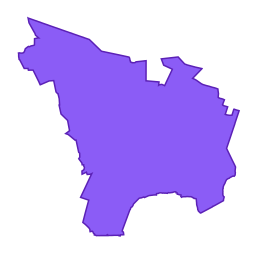 the district of Oirschot, Noord-Brabant, Netherlands, rotated 91°
{"feature_id": "6326949B78651691159408", "entity_name": "Oirschot", "entity_type": "district", "adm_level": 2, "iso_a3": "NLD", "parent_name": "Netherlands", "parent_adm1": "Noord-Brabant", "projection": "albers", "projection_center": [5.295, 51.489], "detail": "fine", "context": "isolated", "style": "filled", "palette": "violet", "viewbox_px": 256, "rotation_deg": 91, "n_neighbors": 0, "source": "geoboundaries", "source_scale": "gbopen_adm2", "svg_char_len": 5113}
<svg xmlns="http://www.w3.org/2000/svg" viewBox="0 0 256 256"><g transform="rotate(91 128 128)"><path d="M199.0,31.3L197.8,31.2L197.6,31.2L196.8,31.0L195.6,30.7L195.4,30.7L195.2,30.7L195.0,30.8L194.9,31.1L194.4,31.5L193.5,31.9L193.0,32.0L192.5,32.1L192.3,32.0L192.2,31.9L191.6,32.1L191.4,32.1L190.4,32.0L189.9,32.0L189.1,32.1L188.6,32.1L188.1,32.1L187.7,32.2L187.4,32.1L187.0,31.8L186.6,31.9L186.3,31.9L185.8,31.8L185.0,31.7L183.6,31.2L181.3,30.0L180.0,29.6L179.8,29.5L178.2,28.7L177.9,28.5L177.8,28.4L176.9,27.1L176.5,26.0L176.3,25.7L175.6,25.0L175.5,24.7L175.4,24.5L175.1,23.8L174.5,22.9L174.4,22.8L174.4,22.7L174.4,22.3L174.3,22.0L174.2,21.7L174.3,21.4L174.4,21.0L173.4,20.2L173.2,20.1L170.5,19.9L170.1,20.0L169.4,20.2L165.1,19.8L164.3,20.2L163.6,20.5L160.5,22.1L158.2,23.3L146.7,29.1L136.7,25.9L126.2,22.6L122.5,21.4L122.1,21.3L120.6,20.9L108.8,17.2L108.6,17.8L108.1,19.9L107.3,22.3L107.4,22.5L113.4,24.3L113.5,26.7L113.5,27.0L113.4,27.7L113.3,28.4L113.3,28.7L112.7,31.0L105.1,28.7L104.5,30.9L104.2,32.1L103.8,33.2L103.7,33.2L103.7,33.3L103.1,33.9L98.1,32.1L97.8,32.8L97.6,33.2L97.4,33.8L97.2,34.4L97.0,35.2L96.9,35.6L96.9,36.1L96.8,36.4L96.2,37.8L96.0,38.1L95.9,38.3L95.7,38.4L93.0,38.2L92.9,38.2L92.3,38.1L89.8,38.5L89.2,38.6L87.4,38.8L86.6,41.1L86.2,42.6L85.8,44.4L85.4,45.8L84.8,47.8L84.5,49.2L84.0,51.2L83.4,53.2L83.2,54.0L82.8,54.7L82.5,55.4L79.1,60.4L78.8,60.9L78.5,61.4L77.4,64.0L77.3,63.9L77.2,64.2L67.5,55.2L67.3,55.1L66.4,59.5L66.0,61.5L65.3,64.3L63.9,70.0L63.6,70.7L63.0,72.5L56.1,79.1L58.3,95.9L64.6,93.4L67.2,87.5L68.5,84.7L73.0,86.7L81.4,90.5L85.0,92.1L83.8,94.9L84.2,97.4L84.7,98.1L81.4,97.8L80.5,110.8L60.4,111.1L61.5,119.7L61.7,121.2L62.5,122.1L62.6,123.1L62.7,124.4L62.7,124.5L62.5,125.4L62.3,125.4L62.2,126.0L62.0,126.6L60.7,126.9L60.6,127.1L60.4,127.1L58.6,127.5L57.9,127.7L57.1,128.2L56.9,129.1L55.1,138.2L51.7,155.9L40.2,168.2L31.4,194.9L26.8,208.8L26.4,209.9L25.4,213.0L20.4,228.0L19.9,229.6L19.8,229.8L24.6,228.8L32.7,224.1L35.0,222.7L36.8,222.1L39.5,218.9L39.5,219.3L39.5,219.5L40.1,222.1L40.3,223.0L46.6,223.0L46.8,223.3L46.9,223.5L47.1,224.0L47.2,224.5L47.6,226.2L47.6,226.4L48.2,227.3L48.3,227.5L48.4,227.8L48.3,228.0L48.3,228.6L48.2,228.7L48.3,228.9L48.3,229.1L48.5,229.5L50.4,231.9L50.5,232.0L50.9,232.2L52.1,232.5L52.3,232.6L52.8,232.7L54.2,233.5L54.4,233.6L54.5,233.7L54.5,233.8L54.9,234.9L55.0,235.2L55.0,235.4L54.9,237.2L54.8,237.7L54.8,238.0L54.8,238.3L55.0,238.7L55.0,238.8L56.5,238.6L58.0,238.6L59.0,238.5L59.7,238.3L61.2,238.1L61.3,238.1L61.8,237.5L61.8,237.4L70.3,232.8L70.3,232.7L70.2,229.0L71.9,228.6L71.8,223.9L84.8,217.2L84.8,217.3L86.3,216.6L86.3,216.4L82.3,207.6L81.9,203.1L93.2,200.6L94.9,199.0L94.9,198.6L99.9,197.3L106.2,196.8L106.3,197.3L115.2,195.2L116.7,193.6L121.5,188.5L131.7,186.4L134.7,190.2L135.6,187.6L141.1,180.7L141.0,180.0L141.0,179.7L153.1,176.9L154.0,175.9L158.0,175.7L159.6,176.7L163.8,173.5L165.6,173.2L165.6,171.7L166.6,171.7L168.0,170.9L170.1,171.2L170.6,171.6L170.8,171.8L171.8,173.3L175.0,173.1L172.9,168.8L175.2,168.0L175.1,167.0L175.0,166.3L175.0,165.3L174.9,165.0L174.8,164.7L174.2,163.4L177.3,164.8L198.2,174.2L200.8,166.0L212.7,169.0L223.2,171.5L224.9,169.3L225.4,168.7L228.5,165.4L228.8,165.2L229.2,164.9L229.6,164.6L230.1,164.4L230.5,164.3L230.9,164.3L232.3,164.1L232.2,163.5L232.2,163.4L232.2,163.2L231.9,162.7L231.8,162.4L231.8,162.1L231.9,161.8L232.1,161.6L232.4,161.3L232.8,161.1L233.5,160.9L233.7,160.7L234.3,160.0L234.5,159.7L235.2,159.9L235.4,159.9L235.6,159.8L235.6,159.7L235.5,159.1L235.7,158.7L235.9,158.3L236.2,157.8L236.1,157.5L236.1,155.7L236.1,154.4L236.0,152.8L235.9,146.6L235.2,147.0L235.1,146.9L235.8,146.4L235.6,145.6L235.8,145.4L235.7,141.9L235.6,141.1L235.5,137.2L235.4,134.5L236.0,134.7L236.0,133.8L235.4,133.6L234.9,133.4L234.9,131.5L234.8,130.4L234.7,130.4L232.2,130.8L231.2,132.0L229.8,131.7L209.8,124.7L209.4,124.3L207.4,123.7L206.7,122.5L205.4,121.7L204.0,121.2L203.9,121.2L198.0,115.6L197.6,113.8L197.7,113.7L196.7,110.9L197.0,110.5L197.2,110.3L196.1,107.8L195.6,106.8L195.5,106.6L195.3,106.0L195.2,105.8L194.7,102.1L194.5,101.0L194.5,100.3L194.4,99.8L194.5,98.4L193.7,98.4L193.1,98.3L193.1,98.0L193.0,97.4L192.9,96.6L192.7,96.1L192.4,95.7L192.2,94.1L192.4,92.9L192.5,92.7L192.5,92.3L192.4,91.6L192.4,91.3L192.5,90.3L192.5,90.2L192.5,89.7L192.4,89.4L192.5,88.4L192.6,87.8L192.6,87.3L191.9,86.6L192.1,85.2L191.9,84.0L191.7,82.9L191.8,82.8L191.6,82.2L191.0,80.6L191.0,80.4L191.0,80.2L190.9,79.8L191.0,79.3L191.0,79.2L191.2,78.9L191.6,78.9L192.0,78.8L192.1,77.7L192.7,77.6L193.3,77.6L193.4,76.9L193.5,76.4L193.8,75.8L193.8,75.5L193.9,75.3L193.9,74.7L194.1,73.8L194.5,73.8L195.5,74.0L196.0,73.4L196.3,73.3L195.8,72.1L195.7,69.4L195.7,68.9L195.6,68.6L195.5,68.1L195.5,67.2L195.6,65.3L195.6,63.9L195.6,63.6L196.8,61.4L196.7,61.4L197.0,60.8L197.3,60.7L197.4,59.5L197.5,58.8L197.5,58.7L198.0,58.5L200.1,58.3L201.4,58.1L201.7,58.1L203.1,58.0L203.4,58.0L203.8,57.9L206.4,57.1L206.5,57.1L206.9,57.0L208.5,56.8L209.2,56.3L209.3,56.3L209.6,56.3L210.4,55.6L211.4,54.4L211.7,54.2L211.7,53.7L205.4,42.3L205.2,42.2L204.9,41.9L205.0,41.8L203.5,39.1L199.0,31.3Z" fill="#8b5cf6" stroke="#5b21b6" stroke-width="1.5"/></g></svg>